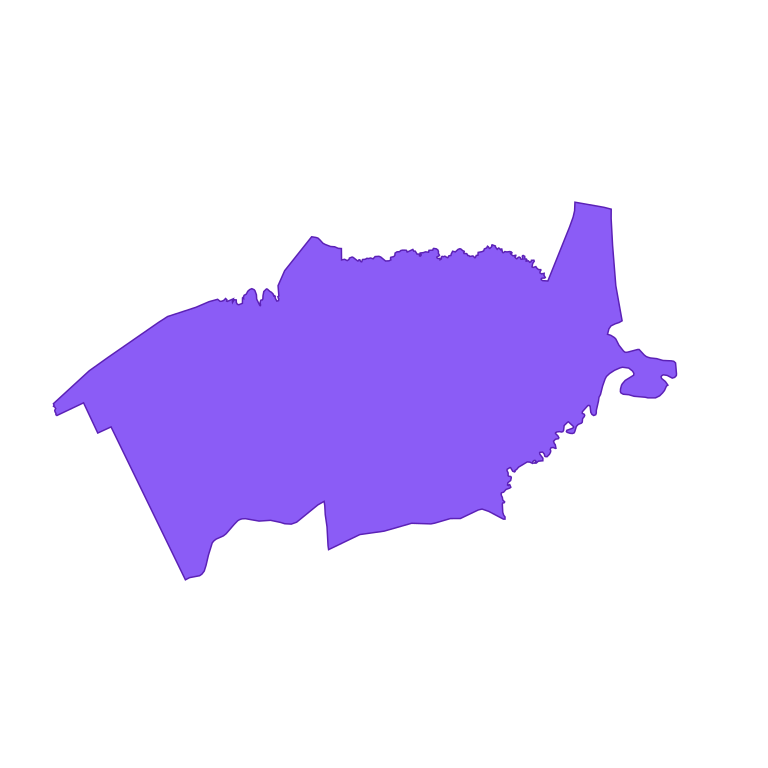 outline of Fairfield, New South Wales, Australia, rotated 325°
{"feature_id": "25037944B49484594449228", "entity_name": "Fairfield", "entity_type": "district", "adm_level": 2, "iso_a3": "AUS", "parent_name": "Australia", "parent_adm1": "New South Wales", "projection": "orthographic", "projection_center": [150.93, -33.867], "detail": "fine", "context": "isolated", "style": "filled", "palette": "violet", "viewbox_px": 768, "rotation_deg": 325, "n_neighbors": 0, "source": "geoboundaries", "source_scale": "gbopen_adm2", "svg_char_len": 6166}
<svg xmlns="http://www.w3.org/2000/svg" viewBox="0 0 768 768"><g transform="rotate(325 384 384)"><path d="M101.9,210.5L101.6,212.1L100.5,212.6L101.1,214.3L101.0,215.8L99.2,216.7L98.6,218.0L98.4,219.9L97.6,221.0L98.0,222.2L127.1,227.1L121.4,260.0L135.8,262.6L109.0,430.5L113.7,431.1L123.0,435.3L125.8,435.3L129.5,434.1L134.3,430.4L142.0,423.5L152.2,415.6L154.9,414.9L157.7,414.8L165.3,416.3L168.8,416.1L180.7,413.1L185.8,412.1L188.0,412.3L190.3,413.0L193.3,414.9L203.0,424.6L212.9,430.6L219.9,438.1L222.5,441.5L227.7,445.6L233.2,447.1L260.5,445.1L267.6,445.8L265.7,449.7L260.9,457.4L255.4,468.3L245.4,484.4L243.6,487.9L277.9,493.5L299.7,504.6L326.7,513.9L342.2,525.5L345.8,527.1L361.2,532.3L369.4,538.0L389.1,541.3L392.6,542.7L396.7,548.4L404.3,563.2L405.6,564.1L406.9,562.3L406.8,560.1L407.7,557.2L412.0,550.3L412.9,549.6L414.4,550.2L415.2,549.8L414.8,547.0L416.0,544.6L416.1,543.1L416.9,541.2L417.8,540.5L420.0,541.2L423.4,540.4L427.5,541.4L428.7,541.3L429.3,538.4L428.9,538.2L427.6,538.5L427.2,537.6L428.9,535.9L432.4,535.7L434.4,533.9L434.8,533.3L434.7,532.4L433.4,531.2L433.1,530.3L434.7,528.0L435.1,525.5L436.0,524.5L439.3,524.7L439.7,525.1L439.4,529.3L440.5,530.9L441.3,530.8L441.6,530.0L443.6,530.1L446.5,529.3L456.6,530.0L458.6,531.6L460.2,534.3L460.7,534.1L461.5,532.9L462.9,532.7L463.9,533.1L464.2,534.4L461.9,535.1L463.3,536.1L466.2,535.8L470.1,538.0L471.6,535.9L471.4,530.8L472.0,529.6L472.6,529.4L474.9,530.8L475.1,533.3L474.3,535.4L474.7,536.2L475.9,537.1L479.1,536.5L481.1,535.5L482.2,534.5L482.6,532.9L484.4,532.0L486.2,533.1L487.5,535.1L488.0,535.3L489.5,531.9L489.4,530.3L490.1,528.1L492.8,527.6L495.4,528.8L496.4,528.4L496.7,526.1L496.1,522.9L496.6,522.3L498.3,522.5L500.5,523.7L501.8,525.1L503.2,525.6L504.5,525.0L507.7,521.4L512.5,520.6L513.4,520.8L514.8,527.5L514.5,528.2L513.1,528.4L507.2,526.8L506.1,527.6L506.3,528.7L508.2,531.2L509.9,532.6L511.6,533.1L513.0,532.4L517.2,529.1L519.9,528.5L523.3,529.3L524.5,529.0L526.8,526.3L529.3,525.6L530.4,524.8L530.7,523.7L529.6,521.7L530.6,520.5L538.5,518.6L539.7,519.1L540.1,520.4L537.2,525.7L536.9,528.2L537.7,530.1L539.8,530.6L541.2,529.6L542.7,527.5L549.9,521.0L552.5,518.2L555.3,516.8L562.0,511.0L568.0,506.7L570.6,505.4L574.9,504.8L580.7,505.0L586.3,506.1L588.9,507.0L593.6,511.3L595.0,516.0L594.8,518.6L593.5,520.0L583.7,519.4L579.4,520.5L577.9,521.2L574.9,523.7L573.2,525.9L573.0,527.3L574.1,529.6L578.4,533.2L581.8,537.5L590.3,544.6L592.3,546.8L598.5,551.1L603.0,551.8L607.0,551.1L610.0,550.2L614.2,547.7L615.9,547.8L615.9,543.3L614.6,538.7L615.1,537.0L616.4,536.5L618.1,536.7L620.9,539.4L623.5,544.5L625.9,545.3L628.3,544.8L629.4,543.5L634.9,534.0L634.4,531.6L632.6,529.8L626.0,524.7L621.9,519.6L617.2,515.5L615.5,513.4L614.5,511.8L613.8,509.5L612.8,502.1L611.5,501.2L602.0,497.7L600.4,496.9L599.5,495.9L599.1,494.3L598.7,487.0L599.7,480.1L599.4,478.2L597.7,474.2L595.6,471.5L599.9,467.8L603.3,466.6L607.9,467.3L611.9,468.5L615.3,468.8L630.3,436.4L650.8,401.5L665.0,378.7L670.4,371.1L665.6,365.5L644.7,344.6L639.5,351.4L634.6,355.8L626.1,361.8L577.3,393.6L573.2,390.3L572.6,388.7L573.0,388.1L574.1,387.9L576.3,389.3L577.2,389.3L577.4,386.7L578.7,385.2L576.2,384.1L575.5,382.4L576.1,381.6L577.9,380.7L578.0,380.2L576.3,379.0L575.7,377.2L575.7,374.9L573.1,374.1L572.4,373.0L574.9,370.6L577.5,369.6L577.8,368.6L575.7,367.2L574.7,368.1L573.2,367.9L572.9,365.9L570.9,364.9L571.1,364.5L572.0,364.4L572.4,363.9L572.3,363.3L571.1,362.4L572.5,360.1L571.7,358.5L571.0,358.4L570.4,358.9L569.5,361.4L567.8,360.4L568.1,358.6L567.6,357.6L566.8,357.3L564.7,357.6L564.3,357.3L564.0,355.1L565.6,354.6L565.8,354.1L563.2,353.0L562.4,350.4L562.5,349.6L563.4,350.2L564.1,350.0L564.0,348.8L563.1,347.7L560.4,346.3L558.9,344.8L557.3,345.0L556.8,344.7L556.7,343.8L557.9,341.0L557.5,340.7L556.6,341.1L556.3,339.0L555.8,338.3L554.0,338.6L553.9,335.8L554.4,334.8L552.5,332.1L551.9,332.0L551.2,333.2L548.5,333.7L548.1,333.3L548.2,331.5L547.8,330.5L546.2,331.4L543.7,330.9L542.0,332.1L540.2,331.8L536.6,330.2L534.8,332.4L533.3,331.6L531.6,332.7L530.9,332.8L530.3,330.1L527.4,328.7L527.2,327.5L526.3,326.8L526.6,325.3L526.4,324.5L524.4,323.0L524.6,322.1L525.6,321.8L525.8,321.2L525.0,320.0L524.4,317.5L523.7,316.7L522.0,316.2L518.2,316.7L516.4,314.6L513.7,316.0L512.5,317.1L510.8,316.2L508.7,317.1L508.2,316.6L507.2,314.2L505.9,313.9L504.8,312.8L503.9,312.9L502.8,314.4L501.2,314.4L501.8,313.2L500.2,312.2L499.8,311.4L499.9,310.6L500.5,310.2L502.4,310.6L503.3,310.4L503.5,308.1L504.6,306.7L505.0,305.1L504.4,303.3L502.5,301.4L502.0,301.4L500.7,302.3L497.5,300.3L496.1,301.6L493.7,299.5L491.7,299.0L488.7,297.4L488.3,297.8L488.6,299.4L487.9,300.0L486.9,300.0L486.6,299.3L487.6,297.9L485.6,296.6L485.8,293.1L484.6,292.2L484.8,290.3L478.9,289.3L478.6,288.9L479.1,287.6L478.9,287.1L475.8,284.9L474.3,284.3L472.6,284.5L470.5,283.2L468.2,283.1L466.5,285.0L465.0,285.2L462.2,284.1L461.6,284.5L460.8,286.3L458.6,285.9L455.8,284.1L454.2,278.2L453.1,276.5L449.8,274.5L446.9,275.2L445.3,273.1L443.2,272.3L442.1,271.2L440.2,271.1L437.8,269.7L435.9,271.1L435.6,271.0L435.1,270.2L435.4,268.4L434.7,267.9L433.7,268.4L433.0,268.1L431.4,262.7L430.7,261.7L427.9,261.0L426.8,261.9L424.6,261.8L423.3,259.3L420.4,258.0L426.8,248.6L424.3,246.6L422.3,243.3L419.1,240.7L415.9,236.0L414.7,233.6L414.2,229.4L413.6,226.6L412.3,224.9L409.2,221.9L367.6,234.2L353.6,242.7L348.4,251.5L347.2,251.6L347.3,252.1L346.7,252.6L346.7,253.8L345.4,255.2L343.8,254.7L344.0,252.0L344.6,250.3L345.1,250.0L345.1,249.2L344.6,249.3L344.2,248.7L344.6,248.2L344.4,247.6L344.8,246.8L344.4,244.3L343.6,242.6L342.9,239.4L342.2,238.7L338.6,239.3L335.6,242.2L333.6,244.8L332.4,245.3L331.5,244.7L330.5,245.1L329.0,246.6L328.2,248.5L327.7,248.9L327.3,248.5L328.4,241.4L330.7,237.7L331.8,233.6L331.7,232.2L330.4,230.1L328.1,229.6L325.6,229.9L322.7,231.4L320.3,231.1L318.9,232.0L318.1,233.3L317.9,232.3L317.5,232.3L314.3,236.7L310.9,235.9L310.1,235.4L309.6,234.5L309.8,232.5L311.2,230.4L309.6,229.0L306.7,230.3L307.2,229.3L309.4,227.8L303.0,226.5L302.6,225.9L303.6,225.0L303.3,223.1L300.5,223.6L298.3,223.0L297.1,222.2L296.3,219.2L287.9,216.2L274.0,213.3L245.4,204.6L234.6,204.2L172.8,203.9L150.1,204.1L101.9,210.5Z" fill="#8b5cf6" stroke="#5b21b6" stroke-width="1.5"/></g></svg>